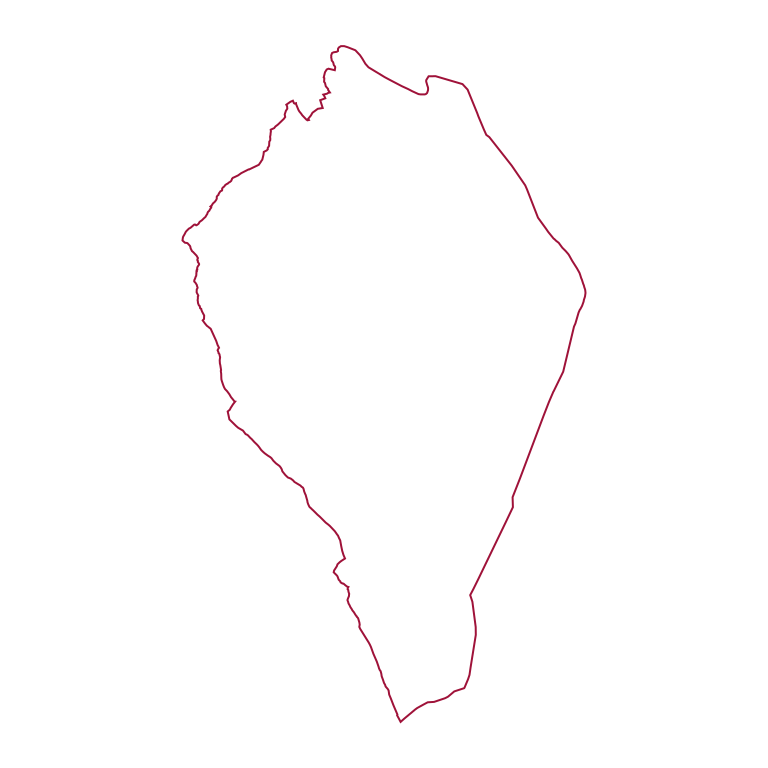 the district of Skiptvet nor, Østfold, Norway
{"feature_id": "86288312B781121604536", "entity_name": "Skiptvet nor", "entity_type": "district", "adm_level": 2, "iso_a3": "NOR", "parent_name": "Norway", "parent_adm1": "Østfold", "projection": "albers", "projection_center": [11.103, 59.471], "detail": "fine", "context": "isolated", "style": "outline", "palette": "rose", "viewbox_px": 768, "rotation_deg": 0, "n_neighbors": 0, "source": "geoboundaries", "source_scale": "gbopen_adm2", "svg_char_len": 6041}
<svg xmlns="http://www.w3.org/2000/svg" viewBox="0 0 768 768"><path d="M359.3,626.9L360.2,628.9L368.7,642.5L369.9,644.7L371.0,647.1L373.4,653.8L376.8,661.6L378.6,666.8L379.0,668.3L379.8,670.1L380.6,671.1L381.3,673.7L381.7,676.3L383.0,679.8L384.0,682.9L385.1,684.8L385.6,686.5L387.9,689.2L388.6,690.5L389.2,694.6L390.8,698.4L393.5,705.4L397.4,714.5L397.1,715.3L399.1,719.0L400.6,721.9L404.2,718.7L415.2,709.5L417.4,707.9L423.4,704.6L427.7,702.3L434.1,701.9L445.1,698.2L448.0,696.7L454.3,691.4L464.1,688.2L464.5,687.7L468.1,679.1L469.5,674.9L470.6,667.3L475.8,634.9L475.7,627.0L472.4,601.8L470.2,595.1L473.4,589.0L478.1,579.5L505.9,521.9L512.9,507.2L512.6,497.2L520.0,478.4L543.6,415.7L548.9,402.1L553.4,391.6L553.7,391.2L563.2,371.7L574.0,326.6L575.4,323.5L578.6,312.5L579.9,309.6L580.3,309.2L582.1,305.8L583.6,301.6L583.9,299.9L584.6,297.8L585.0,296.5L585.5,293.0L585.3,290.8L585.1,289.5L584.9,288.9L584.3,287.2L583.9,285.5L583.2,283.8L581.9,279.7L581.2,278.1L580.2,274.9L579.5,272.9L577.0,268.4L572.1,260.7L569.1,255.3L568.3,254.1L565.8,251.2L562.3,247.7L558.7,242.8L556.1,240.8L554.3,239.0L553.7,238.7L548.2,231.9L546.0,228.7L538.0,217.7L527.0,189.4L525.2,185.3L511.7,165.6L489.3,137.1L486.3,134.9L483.8,129.3L478.4,116.4L477.2,113.1L467.6,89.6L462.5,84.1L435.6,76.2L428.6,76.3L426.3,80.0L426.2,80.4L426.2,81.6L426.4,82.3L426.8,83.6L427.1,84.8L428.0,87.5L428.1,88.8L428.0,90.3L427.3,92.4L427.0,93.1L425.8,94.1L424.7,94.4L420.5,94.4L418.5,94.1L412.2,91.2L408.2,89.1L401.9,86.2L390.4,80.2L384.8,77.2L368.5,67.3L365.4,63.8L362.3,58.6L360.0,55.2L355.5,50.4L355.0,50.1L347.6,47.2L344.1,46.1L341.0,46.1L338.8,47.5L338.0,48.9L338.0,51.0L336.7,51.8L333.6,52.3L332.3,52.9L332.0,53.1L331.9,53.5L331.6,54.3L331.3,55.1L331.2,55.4L331.3,56.5L331.2,57.5L331.6,59.2L331.7,60.5L332.0,60.9L332.5,61.4L333.1,62.3L333.5,63.5L333.6,64.3L334.0,65.4L334.8,66.2L335.1,66.8L335.2,67.5L334.8,70.2L328.5,68.7L326.7,69.5L325.0,72.2L323.7,77.5L324.3,78.1L324.1,81.8L325.0,83.0L325.8,86.3L328.1,89.0L328.1,89.9L329.9,92.5L328.3,92.8L327.0,93.7L323.3,94.6L324.4,96.2L325.3,98.3L320.2,100.2L322.7,108.0L317.8,108.8L312.5,112.7L310.9,115.5L308.2,118.8L308.9,120.0L307.4,120.3L307.1,120.0L306.5,119.7L302.2,115.2L301.2,113.7L299.3,111.4L298.4,109.8L296.1,104.2L296.0,103.2L294.6,103.6L293.9,103.1L292.9,100.7L290.4,101.8L286.3,104.7L287.1,106.2L287.3,108.7L285.9,110.8L284.7,114.5L285.2,117.0L283.8,118.9L277.9,124.6L275.4,126.5L274.2,128.1L270.7,129.7L270.9,131.4L270.6,133.3L270.5,134.9L270.1,136.8L270.3,138.8L270.2,140.3L269.3,141.6L269.1,145.8L267.7,148.1L267.8,149.3L266.6,150.5L263.8,151.9L263.5,154.7L262.3,159.7L261.5,160.7L261.0,161.6L258.8,164.8L249.0,169.5L248.6,169.4L241.3,173.1L238.1,175.4L233.7,177.5L232.9,177.8L232.0,178.8L232.0,179.0L231.2,180.9L229.9,182.0L228.6,182.7L227.6,183.7L226.7,184.0L225.2,185.1L224.2,186.5L222.8,187.6L222.2,188.5L222.1,189.0L222.2,189.9L222.0,190.5L220.4,191.3L218.8,193.6L218.4,195.0L217.5,195.6L216.8,196.7L216.7,197.0L216.8,198.3L216.7,198.8L216.3,199.7L215.5,200.9L214.7,201.9L212.9,203.5L211.7,205.5L210.5,206.5L211.3,207.1L211.2,207.6L210.0,209.3L209.3,210.7L208.1,211.8L207.6,212.7L207.3,213.9L206.5,215.1L205.4,217.0L204.0,218.2L202.0,220.2L199.6,221.9L198.6,223.7L198.2,224.1L196.6,225.2L196.2,225.3L195.0,224.5L194.1,224.7L190.5,227.8L188.9,228.6L186.4,231.1L185.7,232.0L184.6,234.2L183.2,236.6L182.9,237.5L182.5,240.5L184.9,242.7L187.0,243.0L187.5,243.2L189.9,245.8L190.3,246.7L190.6,248.3L192.0,251.1L193.2,252.1L196.6,255.7L197.3,257.0L197.9,257.9L197.9,258.3L197.4,259.2L197.3,260.0L197.6,260.2L197.8,260.6L197.8,260.9L197.9,261.3L197.8,261.7L197.8,261.9L198.9,263.5L199.1,264.0L199.1,264.4L198.9,264.9L198.2,265.8L197.5,266.9L197.2,267.9L197.2,268.6L196.9,269.5L197.2,269.8L196.6,270.4L196.9,271.2L196.8,271.3L196.5,271.5L196.4,271.8L196.5,272.6L196.3,273.2L196.4,273.8L196.2,275.8L195.6,276.9L195.1,278.5L194.4,280.0L194.2,281.2L194.3,281.6L195.4,282.7L196.6,284.6L196.9,285.2L197.0,286.0L197.6,287.5L197.5,288.1L196.8,289.3L196.7,289.9L196.7,291.3L196.6,291.9L196.7,292.5L198.3,295.6L198.2,296.0L197.8,296.7L197.9,298.0L197.8,299.0L197.6,300.2L197.8,301.0L198.0,303.0L198.4,304.1L198.9,305.4L199.7,306.0L200.2,308.3L201.2,308.8L201.5,310.2L202.2,311.8L204.1,315.4L204.2,315.9L204.1,316.3L204.1,316.8L204.0,319.0L202.7,320.4L204.9,323.4L206.8,325.7L210.7,328.8L216.2,340.9L217.7,345.3L218.0,345.7L219.0,347.8L218.7,348.1L217.6,350.2L218.6,352.7L218.6,353.3L219.2,353.8L219.5,354.4L219.7,355.7L220.1,357.2L219.7,360.4L219.8,361.9L219.9,363.5L220.3,365.1L220.9,368.9L221.1,370.1L220.8,370.9L221.2,373.8L221.3,377.8L221.4,379.4L221.8,380.9L223.1,384.8L224.0,387.1L225.0,389.0L227.1,391.2L229.4,394.3L231.0,397.1L233.3,399.9L234.5,401.5L235.1,401.6L233.0,404.3L230.7,407.9L229.8,409.7L227.7,411.5L229.4,419.4L236.0,425.9L238.2,427.8L243.0,430.6L245.6,434.1L246.8,434.6L247.9,435.3L250.4,438.0L251.5,438.9L254.3,442.0L256.9,444.5L258.1,445.8L259.2,447.2L261.1,449.9L262.8,451.6L264.7,453.3L267.7,455.5L270.2,457.1L271.4,458.1L273.3,460.7L276.0,463.4L279.5,466.0L280.7,467.5L281.7,469.2L282.4,471.4L285.4,475.1L287.9,477.5L290.8,478.6L293.0,480.3L294.5,482.0L300.5,485.6L301.5,486.7L302.9,487.6L303.5,488.7L304.2,491.5L305.1,493.8L305.7,495.0L306.2,496.9L307.3,500.7L307.5,502.2L308.1,504.0L309.0,506.0L309.7,507.2L310.6,507.9L312.2,509.5L313.0,510.2L317.5,514.7L319.7,516.6L325.7,522.6L328.3,524.6L329.9,526.0L334.9,531.3L337.1,534.5L338.0,535.6L339.0,538.0L340.2,540.4L341.2,546.0L342.2,550.8L343.5,555.0L345.0,558.5L341.5,560.8L339.7,562.2L337.5,564.3L336.8,566.3L334.1,570.5L333.7,572.3L336.9,575.5L337.5,576.4L338.7,579.7L340.3,581.4L340.6,582.4L342.4,583.5L342.7,583.4L343.7,583.8L345.3,585.2L347.1,586.6L348.4,587.0L347.8,588.1L347.6,589.2L348.2,589.9L348.5,591.8L349.2,593.9L349.0,595.0L349.0,596.0L347.9,598.7L347.5,599.9L347.5,600.3L348.2,602.1L348.4,603.1L348.6,603.6L349.5,605.1L350.5,607.3L351.5,608.7L352.4,610.4L353.8,612.1L354.5,613.2L355.2,614.4L356.3,616.0L356.8,616.4L356.9,616.9L357.9,617.9L358.2,618.5L359.4,622.6L359.7,624.7L359.3,626.9Z" fill="none" stroke="#9f1239" stroke-width="2"/></svg>